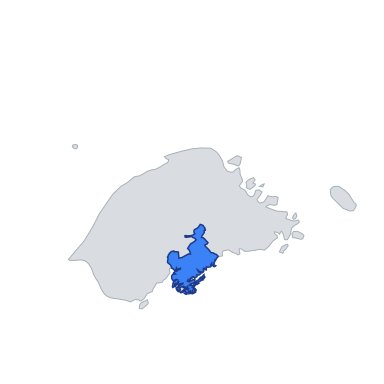 South Chungcheong on a map of South Korea (Equal Earth projection), rotated 243°
{"feature_id": "KOR-2502", "entity_name": "South Chungcheong", "entity_type": "Province", "adm_level": 1, "iso_a3": "KOR", "parent_name": "South Korea", "parent_adm1": "", "projection": "equal_earth", "projection_center": [126.614, 36.518], "detail": "fine", "context": "in_parent", "style": "filled", "palette": "blue", "viewbox_px": 384, "rotation_deg": 243, "n_neighbors": 0, "source": "natural_earth", "source_scale": "10m", "svg_char_len": 9289}
<svg xmlns="http://www.w3.org/2000/svg" viewBox="0 0 384 384"><g transform="rotate(243 192 192)"><path d="M120.8,94.2L122.0,93.3L122.0,91.9L122.0,87.3L125.4,84.1L130.3,77.6L132.6,74.1L135.3,70.8L138.4,68.6L141.5,67.5L146.3,67.1L155.5,67.5L157.4,67.1L163.8,66.8L165.3,67.3L170.0,67.7L175.1,67.3L177.7,66.3L180.1,64.7L182.2,61.8L184.3,56.3L186.6,52.0L188.0,51.3L197.6,74.1L206.8,88.8L214.7,99.6L225.9,120.3L229.3,131.3L229.7,138.2L231.7,147.7L230.1,153.1L230.7,161.7L230.1,166.1L228.8,169.4L228.8,175.6L229.3,179.0L229.3,183.4L230.2,185.1L231.5,185.8L233.5,184.1L236.0,183.5L235.6,188.8L232.8,202.3L230.3,212.2L226.8,220.8L222.4,228.7L217.0,231.8L213.2,232.9L206.0,233.3L199.9,231.9L194.7,232.9L192.7,234.6L191.1,237.4L192.3,241.7L192.2,245.0L190.0,244.7L185.6,242.8L180.7,242.6L178.4,241.7L176.1,237.0L173.7,237.2L169.7,239.9L163.4,240.6L161.2,242.0L160.4,244.0L161.4,246.4L164.5,249.6L163.5,252.8L160.2,254.4L157.6,250.4L155.9,246.5L154.0,246.3L151.2,247.4L150.6,251.6L152.0,254.5L154.2,257.8L151.1,261.6L150.3,264.3L148.1,266.3L142.1,261.9L142.9,258.9L145.5,255.9L145.8,252.8L145.0,251.0L136.5,258.8L131.2,267.6L128.4,266.9L127.2,264.7L125.6,263.7L119.9,269.4L118.8,273.9L116.7,274.1L115.8,272.2L115.7,268.1L114.8,264.7L108.9,259.7L106.2,255.3L107.6,252.8L112.5,254.2L116.5,254.0L115.7,251.9L114.4,250.9L117.0,249.8L119.2,247.4L117.4,246.7L114.6,248.1L112.4,247.4L111.5,241.7L108.7,235.8L107.3,230.1L110.0,226.9L111.4,221.8L114.0,214.4L115.2,212.0L118.7,210.3L120.0,208.4L118.1,207.4L115.0,206.6L115.1,204.4L117.2,203.3L119.5,200.9L124.0,198.1L125.4,192.7L124.1,191.4L121.3,190.1L121.9,187.4L123.1,185.4L122.7,184.1L119.3,180.7L117.1,177.5L117.8,173.9L117.3,168.4L117.6,163.8L117.4,161.4L115.8,155.8L115.1,150.2L112.9,151.0L111.2,152.4L105.0,150.4L103.1,150.3L102.3,146.1L104.5,141.0L109.8,136.5L112.8,136.0L115.0,134.0L118.6,133.4L122.8,136.4L126.6,137.0L128.8,142.3L130.1,143.4L130.3,141.5L133.4,139.2L134.1,137.5L133.5,136.6L129.9,135.6L126.7,129.1L126.3,126.2L125.1,124.4L126.9,119.2L123.2,113.3L121.4,111.4L121.7,106.0L119.7,102.6L118.7,100.8L118.0,97.6L118.6,96.1L120.3,95.6L120.8,94.2ZM108.6,331.6L106.8,332.7L105.1,332.0L104.7,331.5L102.7,328.5L102.2,326.9L103.5,323.9L109.0,319.1L123.2,314.4L125.8,314.2L131.4,316.2L132.6,319.9L131.6,323.2L130.3,325.4L123.8,329.0L118.7,330.8L108.6,331.6ZM203.9,248.7L200.3,251.9L195.2,247.6L194.0,245.2L197.8,241.7L201.0,237.7L203.1,237.5L203.9,248.7ZM177.3,248.3L176.9,253.5L174.1,253.7L172.4,250.4L170.6,252.0L169.7,252.0L168.3,247.9L168.1,244.7L171.3,242.3L173.3,243.8L176.2,244.5L177.3,248.3ZM104.9,271.2L102.4,272.0L101.0,270.2L100.0,269.7L100.6,267.3L104.7,262.6L105.5,261.0L109.3,262.0L110.7,264.5L109.0,268.2L104.9,271.2ZM116.4,96.5L116.2,103.3L114.0,103.0L112.6,102.3L112.0,101.0L110.5,94.7L112.1,92.1L115.3,94.2L116.4,96.5ZM102.5,252.2L102.0,253.5L100.3,253.1L98.5,249.5L97.8,246.7L96.1,245.1L98.9,242.6L102.4,247.1L102.5,252.2ZM112.3,160.6L111.8,163.9L109.2,161.7L108.4,154.4L111.1,156.5L112.3,160.6ZM287.3,109.8L285.5,111.3L283.4,109.8L283.1,108.2L284.2,106.8L286.7,105.9L287.9,107.1L287.3,109.8ZM125.5,272.5L126.2,275.0L123.0,274.6L121.3,272.2L121.5,270.1L123.4,269.8L125.5,272.5ZM166.8,258.3L166.4,260.0L164.4,257.5L166.3,254.8L166.8,258.3Z" fill="#d9dde1" stroke="#a8b0b8" stroke-width="1"/><path d="M127.8,183.6L126.9,183.9L126.2,184.5L125.5,185.2L124.8,185.6L123.9,185.7L123.1,186.1L122.5,185.8L122.3,185.4L122.2,185.0L122.0,184.3L121.7,183.7L121.0,182.8L120.7,182.2L121.2,181.7L121.0,181.4L119.9,181.0L119.0,179.3L118.3,179.0L117.8,179.3L117.6,179.3L117.6,178.7L116.7,178.1L115.9,178.3L115.7,179.2L115.5,179.6L115.3,179.3L115.4,177.8L116.8,177.1L117.9,176.7L119.6,177.2L119.0,176.2L118.7,175.8L118.2,175.4L117.7,175.5L117.4,175.4L117.1,175.1L116.9,174.7L117.7,172.3L118.2,171.2L118.8,170.8L118.3,170.3L116.7,169.7L116.1,169.4L116.7,168.8L118.4,168.3L118.8,167.8L118.5,167.1L117.9,166.9L116.6,166.9L116.3,166.7L115.9,166.1L115.6,165.8L115.6,165.5L116.1,165.5L115.5,164.3L116.2,163.9L117.0,163.7L117.8,162.5L119.4,162.0L120.1,161.6L117.8,161.6L117.3,161.9L116.4,163.2L115.8,163.4L115.4,162.9L115.1,161.9L114.9,160.9L114.9,160.4L115.7,159.3L116.1,158.7L116.0,158.4L115.2,158.7L114.9,158.4L114.6,158.2L114.4,158.1L114.2,157.6L114.4,157.2L114.3,156.7L114.1,155.8L113.9,155.5L113.9,155.3L114.4,155.2L115.2,154.8L116.0,154.9L116.1,154.2L116.3,153.7L116.0,153.2L115.5,153.1L114.9,152.5L115.3,151.9L115.9,151.4L115.5,150.7L114.5,150.5L114.4,149.6L114.7,149.0L115.6,148.8L115.0,148.2L114.9,147.9L114.7,147.4L114.4,147.7L113.9,148.4L113.2,148.6L113.1,149.0L113.1,149.4L113.4,149.8L113.5,150.7L113.2,151.7L113.3,153.1L112.9,154.2L112.6,154.7L111.9,154.1L111.1,154.1L110.3,153.5L110.5,150.7L110.8,149.7L110.3,149.5L110.5,148.2L110.0,147.7L109.4,147.8L109.1,148.4L109.0,149.3L108.7,149.9L107.8,149.9L108.1,150.7L108.9,151.9L109.1,152.7L108.7,153.1L108.7,153.6L109.4,154.5L108.8,154.6L108.3,154.9L107.9,155.4L107.5,155.9L107.5,155.5L107.5,155.2L107.4,154.8L107.3,154.5L107.8,153.2L106.7,151.2L107.0,150.2L106.7,148.8L106.0,149.3L105.0,150.7L104.2,151.0L103.7,151.0L103.3,151.2L102.9,151.2L102.5,151.0L102.2,150.2L102.1,149.8L102.3,149.5L103.9,149.6L104.4,149.3L104.3,148.5L103.9,147.7L103.3,147.4L102.7,147.2L102.2,146.7L102.0,147.3L101.9,148.6L101.7,149.2L101.2,149.7L101.0,149.2L101.1,148.0L101.0,146.7L101.1,146.3L102.1,145.0L102.3,144.5L102.5,143.9L102.6,144.4L102.8,144.8L103.0,145.2L103.3,145.7L103.5,145.5L104.3,145.7L103.9,145.1L103.5,144.3L104.6,144.6L105.1,144.5L105.4,143.9L104.4,143.8L103.8,143.5L103.7,142.9L104.4,141.8L103.5,141.0L103.5,140.3L104.2,139.7L105.2,139.3L104.9,140.6L105.0,140.9L105.5,141.1L106.5,141.0L106.8,140.8L107.0,140.4L107.1,139.2L107.0,137.7L107.2,136.4L108.1,136.1L108.0,136.8L108.0,137.9L108.2,139.0L108.7,140.4L108.4,140.9L108.0,141.3L107.8,141.8L107.8,142.2L108.1,143.0L107.9,143.4L107.0,144.1L107.1,144.5L107.2,145.0L107.4,145.3L107.7,145.1L108.3,144.5L108.8,144.5L109.9,145.3L109.1,143.4L108.9,142.3L109.3,141.8L109.9,142.6L110.3,142.9L110.5,142.3L110.6,142.1L111.0,142.0L111.8,141.8L111.8,141.4L111.5,141.4L110.8,141.1L110.8,140.7L111.7,140.5L112.2,139.5L112.4,138.4L112.1,137.5L111.7,137.4L110.7,137.4L110.2,137.2L109.8,136.7L109.7,136.2L109.9,136.0L110.5,136.5L110.7,135.7L110.5,135.2L109.9,135.0L109.1,135.1L109.4,134.7L109.8,134.4L110.2,134.3L110.6,134.5L111.0,134.8L111.3,134.9L111.5,134.8L111.3,134.4L111.3,134.0L112.7,134.0L113.4,134.2L113.7,134.9L113.5,135.3L113.1,135.8L112.9,136.3L113.2,137.2L113.5,136.8L113.9,136.6L114.3,136.6L114.5,137.0L114.5,137.4L114.7,137.7L114.7,138.0L114.3,138.6L114.2,138.9L114.2,141.2L114.3,141.9L114.6,142.4L114.9,142.6L115.0,142.3L115.2,141.0L115.9,138.6L116.1,137.4L116.3,137.1L116.8,137.4L117.4,138.2L117.7,138.8L117.9,139.3L118.2,139.6L118.8,139.6L118.8,139.3L118.5,138.9L118.1,137.9L117.8,137.4L115.5,134.7L115.3,134.5L115.4,134.0L115.8,134.0L116.2,134.4L116.8,135.3L117.1,135.6L117.5,135.8L118.0,135.8L118.4,135.5L118.4,135.2L118.1,134.9L117.6,134.7L116.8,134.3L116.0,133.5L115.7,132.4L115.6,131.6L116.3,131.5L116.9,131.8L117.5,132.4L119.0,133.5L119.3,133.8L119.9,134.3L120.5,134.6L120.9,135.3L120.7,136.0L120.3,136.5L120.4,136.8L120.8,137.6L120.8,138.1L120.7,138.9L121.1,138.6L121.3,138.2L121.4,137.8L121.2,136.6L121.4,136.1L122.0,135.0L122.6,134.7L123.2,134.7L123.9,134.7L124.7,135.0L125.6,135.3L126.3,135.8L127.1,136.7L127.2,137.8L126.5,140.0L127.0,139.7L127.7,138.7L128.1,138.6L128.4,139.0L128.6,139.8L128.7,141.2L128.6,141.6L128.5,142.3L128.4,142.7L128.5,143.1L128.8,143.7L129.2,145.3L129.1,145.8L128.4,146.0L128.5,146.4L128.7,146.7L128.9,146.9L129.2,147.1L129.5,145.9L129.8,145.2L130.0,144.5L129.7,143.2L130.5,143.4L131.3,143.6L130.0,142.0L129.6,141.1L130.4,140.7L131.1,140.6L132.8,139.9L133.6,139.3L135.4,139.7L136.9,139.7L140.2,138.2L141.8,139.0L143.4,140.4L145.2,140.6L145.5,141.4L146.0,141.9L146.5,142.2L147.2,143.7L147.7,144.0L147.6,145.1L148.0,145.4L148.2,145.9L148.3,146.5L148.2,147.1L148.0,147.6L147.9,148.7L147.7,149.0L147.3,149.2L146.9,149.1L146.6,149.5L145.8,151.0L144.7,152.6L139.1,150.3L138.2,153.0L138.4,160.8L137.8,161.4L137.4,162.5L141.0,163.2L143.7,162.5L145.8,166.0L146.5,167.4L146.7,171.2L147.5,174.0L149.4,173.5L151.1,172.1L151.7,171.9L152.7,171.0L153.3,168.8L153.8,167.9L154.0,166.7L154.5,166.0L155.1,165.4L155.7,165.7L156.2,165.9L156.0,166.8L155.4,167.3L155.0,168.1L154.6,168.9L153.8,170.6L153.3,172.6L153.2,174.1L153.4,175.5L154.6,175.3L155.8,175.7L157.0,176.5L157.4,178.0L157.3,179.8L157.7,181.6L158.5,183.1L159.4,184.6L158.5,185.6L157.5,186.5L156.4,186.8L155.2,186.9L154.4,187.1L152.1,186.8L151.9,186.4L152.2,185.8L152.0,185.2L151.5,185.1L150.2,184.4L148.4,181.0L147.1,179.8L146.5,180.5L145.9,181.4L145.1,181.6L144.0,182.1L141.8,182.5L140.8,183.0L139.6,183.2L138.8,181.8L139.1,179.5L137.7,179.2L133.6,180.6L131.4,181.1L129.5,181.3L127.8,183.6ZM111.8,162.3L112.1,163.3L112.7,164.2L112.9,165.0L112.5,164.8L110.8,164.9L110.2,164.8L110.1,164.0L110.3,163.7L110.6,163.4L110.7,163.0L109.8,163.6L109.4,163.4L109.5,162.6L110.2,161.6L109.9,161.2L109.4,161.9L109.2,161.5L108.8,161.7L109.0,160.5L108.9,158.6L108.7,157.4L108.3,156.0L108.6,155.5L109.3,154.8L110.1,154.5L110.6,155.4L110.7,155.7L110.5,156.1L110.2,156.4L110.2,156.7L110.9,158.3L111.0,158.8L110.8,159.2L111.0,159.6L111.5,159.9L111.8,160.5L111.0,160.5L111.0,160.9L111.3,160.9L111.8,161.2L111.7,161.8L111.8,162.3Z" fill="#3b82f6" stroke="#1e3a8a" stroke-width="1.5"/></g></svg>